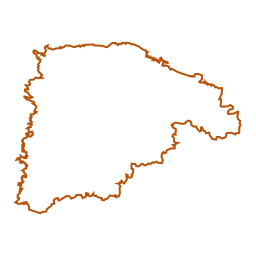 outline of Sylhet, Sylhet, Bangladesh
{"feature_id": "16705992B47932115867008", "entity_name": "Sylhet", "entity_type": "district", "adm_level": 2, "iso_a3": "BGD", "parent_name": "Bangladesh", "parent_adm1": "Sylhet", "projection": "mercator", "projection_center": [91.877, 24.89], "detail": "fine", "context": "isolated", "style": "outline", "palette": "amber", "viewbox_px": 256, "rotation_deg": 0, "n_neighbors": 0, "source": "geoboundaries", "source_scale": "gbopen_adm2", "svg_char_len": 5680}
<svg xmlns="http://www.w3.org/2000/svg" viewBox="0 0 256 256"><path d="M23.0,203.9L23.2,203.3L24.0,203.7L24.2,202.8L24.7,203.5L25.4,202.6L26.0,203.4L26.7,202.4L29.1,206.6L29.1,209.6L40.2,213.2L42.7,211.9L46.2,211.6L47.2,208.9L51.4,205.7L51.7,204.0L54.3,203.7L53.7,200.4L55.0,198.9L57.9,198.1L58.5,200.4L59.2,200.6L66.6,196.0L69.6,196.3L71.3,198.6L75.3,197.0L76.4,194.9L81.2,195.0L82.7,198.1L85.9,196.5L86.1,193.1L88.2,193.6L87.9,195.4L91.2,196.3L93.3,193.6L93.3,194.8L94.0,195.5L95.7,196.1L96.2,195.7L97.6,197.1L101.9,198.2L101.7,199.6L102.6,200.2L104.4,200.1L105.4,199.0L107.1,198.8L110.0,195.5L113.9,196.0L115.6,196.8L115.5,195.7L116.6,196.7L116.7,196.1L118.8,196.3L119.9,193.3L119.6,188.1L120.4,186.3L119.5,185.0L119.6,183.9L118.0,183.5L119.1,183.2L121.6,180.7L122.1,181.8L121.5,182.6L122.5,182.4L124.0,183.5L126.8,179.8L126.3,174.5L127.7,175.1L127.8,177.4L131.0,177.5L132.2,175.9L131.5,174.6L132.9,173.3L133.2,169.2L131.4,168.6L131.7,163.6L135.5,164.1L136.0,165.8L137.2,166.4L139.1,166.2L141.6,163.9L142.6,163.9L144.4,165.4L147.2,164.6L148.4,163.5L150.6,164.0L152.1,162.6L153.4,162.3L153.8,162.9L156.7,161.6L158.2,162.8L161.8,163.1L162.9,160.3L161.6,157.1L161.7,154.5L162.3,153.2L163.6,152.0L164.2,153.3L166.3,152.5L166.8,150.2L170.9,148.5L174.7,148.4L174.8,147.1L173.1,145.0L175.0,145.0L176.1,143.7L177.7,142.9L174.4,142.4L173.7,137.4L172.4,136.4L173.3,134.4L175.4,134.6L175.0,133.5L175.5,133.3L175.9,129.6L175.6,128.9L172.6,127.3L172.8,125.5L171.7,125.2L172.4,124.2L175.7,122.6L181.9,123.8L185.0,123.5L186.3,121.7L188.4,120.7L189.6,120.8L191.2,122.3L191.3,124.8L193.5,126.6L196.3,126.5L196.8,128.2L199.7,131.5L201.0,130.8L201.0,127.6L201.8,127.2L203.6,130.8L204.9,131.0L205.9,133.2L209.1,132.6L209.8,135.6L211.2,136.8L211.8,138.7L215.9,139.7L216.5,137.5L217.3,136.8L219.2,137.0L222.0,138.5L225.3,137.4L226.1,136.0L226.3,133.7L227.2,133.0L231.4,132.7L235.3,134.4L236.0,133.2L238.8,133.2L239.4,131.6L239.2,127.7L240.6,124.7L239.6,123.5L240.1,120.7L238.2,119.4L237.3,117.1L238.3,111.9L237.4,111.6L235.3,113.2L228.4,114.2L227.9,112.7L228.4,110.9L229.8,109.6L232.7,108.9L233.1,107.1L230.4,105.0L227.9,106.4L221.6,106.7L220.5,105.9L221.2,99.9L220.8,99.3L219.2,99.4L221.7,93.6L222.0,88.1L218.8,88.3L216.8,87.2L216.0,87.4L215.6,86.8L215.1,87.1L213.6,85.1L211.2,84.4L211.1,85.5L208.9,84.0L207.5,84.8L207.0,84.4L207.2,83.3L205.8,82.2L205.2,83.1L204.6,83.0L204.5,82.2L204.2,82.9L203.5,82.3L200.2,82.6L199.6,82.1L199.9,81.8L200.4,81.0L199.6,82.1L199.3,81.8L202.1,79.1L202.0,75.4L198.4,74.0L195.2,74.1L194.3,75.2L194.4,76.5L193.1,75.9L192.2,76.7L190.9,76.3L191.2,76.0L191.1,75.9L189.3,76.0L177.8,72.1L171.5,68.7L170.6,69.7L169.4,68.3L169.0,66.6L165.2,65.3L164.1,66.0L162.4,65.5L163.5,62.1L168.5,63.2L166.7,61.8L161.9,60.4L162.1,59.2L161.1,57.7L160.2,58.2L160.3,60.0L159.2,62.6L157.3,61.2L158.0,60.9L157.9,60.3L157.3,60.9L157.2,60.2L155.8,59.6L154.0,60.5L152.8,60.2L154.2,59.0L152.8,59.2L152.6,58.3L154.4,57.5L151.8,58.3L151.0,58.1L150.6,56.8L149.7,57.7L146.6,56.7L147.6,56.0L147.6,56.4L148.9,56.4L146.3,55.5L146.7,53.0L146.2,52.5L147.2,52.9L147.7,52.1L145.9,51.6L145.9,50.5L142.8,49.5L138.5,46.3L132.9,44.1L131.8,44.5L130.5,43.4L127.4,42.8L126.1,42.9L125.7,43.6L125.4,42.9L121.8,43.0L121.4,44.1L118.6,43.8L118.1,45.0L116.1,44.0L115.7,43.0L112.2,43.0L107.5,46.9L106.2,47.2L102.6,45.8L94.2,45.4L93.3,44.5L84.8,44.8L84.6,45.4L83.6,45.3L83.9,45.9L81.2,45.6L80.2,46.8L79.0,45.5L77.7,46.4L76.0,46.2L75.2,47.0L73.7,47.0L69.8,45.7L66.3,45.4L65.2,45.7L63.8,47.3L60.2,47.2L60.9,48.2L56.2,48.4L52.6,49.6L50.4,48.4L49.7,48.7L48.4,48.1L47.2,46.9L47.7,45.5L45.5,46.5L44.8,47.6L46.1,50.8L44.8,52.5L44.2,55.1L45.6,56.3L42.6,55.3L42.4,53.5L41.6,54.1L41.7,53.4L37.5,52.8L36.9,51.3L35.3,50.8L34.6,51.4L34.1,50.6L33.3,51.9L34.6,53.8L36.5,54.3L36.8,57.5L38.5,57.6L37.9,58.4L38.1,59.3L40.4,59.5L40.0,62.0L38.2,64.3L38.4,65.9L39.4,65.2L37.8,67.2L38.6,68.7L38.0,69.9L39.1,72.2L42.1,74.9L40.7,76.5L42.3,77.8L37.7,78.2L35.8,77.5L33.4,79.6L29.9,79.9L28.9,82.0L30.2,83.5L29.9,84.7L28.3,85.4L25.9,85.3L27.9,88.0L28.2,89.5L25.1,89.3L24.8,90.0L24.9,91.0L27.7,92.6L30.3,96.0L32.3,97.2L30.2,98.1L25.0,96.5L24.3,96.5L24.3,97.0L26.7,99.3L34.1,102.1L34.2,103.4L33.0,103.7L36.1,105.8L36.4,106.7L34.4,111.1L36.7,111.9L35.7,113.0L34.2,113.1L33.4,114.5L30.8,114.3L30.5,115.8L31.6,116.9L31.0,117.2L30.8,118.3L29.9,118.3L30.8,119.9L29.4,120.9L31.0,120.5L31.1,121.4L31.9,122.1L31.5,123.1L28.3,123.5L28.2,123.9L31.6,124.1L31.8,124.9L30.3,126.2L30.6,127.0L28.6,127.1L27.2,128.2L28.9,128.2L28.5,130.0L29.0,131.6L30.9,132.3L32.1,131.7L33.0,133.9L32.6,134.9L31.7,134.9L31.4,136.4L29.3,136.6L28.7,136.2L28.6,133.9L27.9,134.2L27.9,133.6L27.5,134.1L27.3,133.4L26.3,133.4L26.0,133.9L26.8,134.7L26.7,137.6L23.9,138.4L22.1,140.6L22.1,141.3L22.9,141.5L23.0,143.5L23.9,143.4L24.0,143.9L23.9,146.6L23.1,147.2L22.8,144.8L22.3,145.5L22.0,144.3L22.4,147.5L23.0,147.8L23.4,149.6L22.3,149.4L22.3,151.5L24.5,151.8L24.7,151.1L25.4,152.4L26.4,152.1L26.6,153.7L26.0,155.1L27.2,155.9L25.5,156.6L26.5,157.0L26.7,157.8L25.6,158.3L23.8,157.9L20.8,155.9L21.1,157.0L19.4,158.1L19.4,158.8L18.7,157.9L17.4,158.4L16.5,159.8L19.8,159.4L20.4,160.5L20.1,162.5L21.0,162.6L22.2,161.6L22.2,162.6L23.6,161.9L24.4,163.1L25.5,163.2L25.7,165.2L27.0,165.0L27.3,166.0L26.3,166.9L26.2,168.5L24.4,168.6L23.5,170.3L22.6,170.5L23.7,171.2L24.2,172.9L25.8,174.1L25.4,175.2L26.4,175.9L25.9,177.2L24.2,176.8L24.3,175.9L22.7,175.9L21.6,178.0L20.9,177.9L22.4,179.0L22.0,180.5L23.5,181.6L23.0,182.6L18.6,183.1L18.4,185.2L19.0,185.2L19.4,183.6L21.3,184.1L21.4,185.6L20.5,186.7L19.9,189.8L20.9,188.8L22.1,188.8L19.7,193.3L17.6,195.0L18.0,196.3L17.5,197.5L19.2,198.3L19.0,199.2L15.4,202.5L18.3,203.8L20.4,203.8L21.3,203.1L23.0,203.9Z" fill="none" stroke="#b45309" stroke-width="2"/></svg>